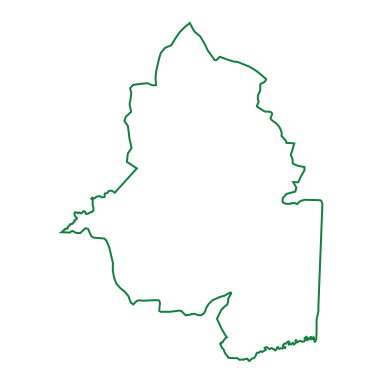 Kota Lubuklinggau, Sumatera Selatan, Indonesia (Robinson projection)
{"feature_id": "22746128B74548717001691", "entity_name": "Kota Lubuklinggau", "entity_type": "district", "adm_level": 2, "iso_a3": "IDN", "parent_name": "Indonesia", "parent_adm1": "Sumatera Selatan", "projection": "robinson", "projection_center": [102.884, -3.254], "detail": "fine", "context": "isolated", "style": "outline", "palette": "green", "viewbox_px": 384, "rotation_deg": 0, "n_neighbors": 0, "source": "geoboundaries", "source_scale": "gbopen_adm2", "svg_char_len": 5904}
<svg xmlns="http://www.w3.org/2000/svg" viewBox="0 0 384 384"><path d="M316.3,339.0L316.6,329.7L316.6,319.8L318.4,311.3L318.4,306.4L322.4,204.0L321.6,201.5L320.2,200.2L316.4,200.1L304.8,199.8L300.8,200.8L297.1,203.8L297.1,204.0L295.4,203.4L294.8,203.0L294.4,202.9L293.9,203.0L293.3,203.2L292.7,203.2L290.8,203.3L290.4,203.7L290.3,203.9L285.9,203.8L283.0,202.5L282.6,202.1L282.6,199.6L282.7,198.2L286.6,193.9L295.2,191.6L295.9,189.8L296.1,189.8L295.7,189.7L296.4,187.7L293.2,182.1L298.2,182.3L300.9,176.5L304.4,170.4L304.5,167.1L297.8,165.8L294.1,164.2L292.7,163.4L292.6,159.5L290.8,155.0L294.3,143.4L286.3,142.8L286.0,140.8L281.8,136.3L281.6,136.0L281.5,135.7L281.5,135.2L281.7,134.6L281.8,133.6L281.7,133.0L281.5,132.2L280.9,130.2L280.3,128.8L279.6,127.5L278.8,126.3L278.0,125.3L277.4,124.6L276.7,123.9L275.7,123.0L275.2,122.6L273.1,121.2L272.7,120.9L272.5,120.7L272.0,120.3L271.4,119.7L271.0,119.1L270.7,118.6L270.5,118.2L271.4,116.0L271.8,115.0L271.9,114.3L272.0,113.4L271.9,113.1L271.8,112.9L271.7,112.7L271.2,112.4L271.5,112.3L271.3,112.4L269.7,111.7L268.9,111.7L267.9,111.7L266.6,111.7L265.6,111.6L264.9,111.4L264.3,111.2L263.3,110.7L260.9,109.2L257.4,106.8L256.9,106.4L256.8,106.2L258.7,101.5L257.9,99.7L257.9,95.9L259.1,92.7L260.1,90.9L260.3,87.3L260.3,84.3L260.4,84.1L261.2,83.6L261.9,83.2L262.6,82.9L263.2,82.7L263.8,82.4L264.3,82.1L264.7,81.7L264.9,81.6L265.1,81.4L265.3,81.1L265.5,80.8L266.0,79.9L266.1,79.1L265.6,78.6L265.9,77.8L265.4,78.6L263.3,76.6L262.0,75.6L262.0,75.4L255.7,70.5L249.5,66.7L237.7,62.0L233.4,61.5L227.1,59.5L219.9,56.8L219.7,56.8L218.8,57.8L216.4,60.2L214.7,60.2L207.8,50.5L204.4,43.5L200.3,36.5L194.6,31.7L192.8,28.8L189.8,23.0L184.8,27.1L180.0,31.8L175.9,37.7L171.2,45.3L165.1,47.8L160.8,53.0L159.1,58.4L157.6,65.0L156.2,71.4L155.5,77.9L156.1,85.1L152.3,85.3L147.6,83.2L139.3,84.0L132.9,85.0L130.1,88.2L131.3,93.1L130.5,99.3L129.6,104.1L131.1,111.8L125.9,116.7L124.4,121.0L127.9,126.0L129.6,139.3L131.6,147.9L127.8,153.6L126.9,161.9L136.8,168.4L114.7,192.8L114.0,192.2L112.5,191.1L110.6,190.6L109.6,190.9L108.6,191.1L107.9,192.3L107.4,192.9L107.0,193.2L105.4,193.3L104.8,193.6L104.6,194.2L104.7,196.5L104.4,197.0L102.9,197.3L101.4,197.1L100.5,196.4L98.7,196.2L97.0,196.5L95.5,197.5L94.5,198.4L93.9,198.4L93.2,198.2L92.6,197.6L92.0,197.9L91.3,198.6L92.7,200.1L92.7,205.1L93.5,207.9L93.3,210.8L92.4,211.2L92.4,211.5L91.9,212.0L91.4,212.3L90.8,212.2L90.3,212.3L89.5,212.7L89.2,213.1L88.7,213.4L88.0,213.5L87.3,213.9L86.4,213.9L85.7,213.7L85.5,213.1L85.6,212.4L85.2,211.8L84.8,211.7L84.1,211.1L83.8,211.1L82.1,212.6L81.7,213.0L81.0,213.4L80.6,213.4L80.4,213.4L79.7,212.5L79.1,212.5L78.6,212.9L78.2,213.1L77.9,213.1L77.5,212.9L76.1,212.3L75.6,212.3L75.0,212.4L74.5,212.9L74.4,213.5L74.6,214.7L75.0,215.9L75.8,217.1L76.7,217.8L76.9,218.2L76.8,218.6L76.6,219.2L75.5,219.7L74.9,219.9L74.4,220.4L74.3,220.7L74.6,221.5L74.1,221.7L73.4,222.1L73.2,222.4L73.2,222.8L73.0,223.3L72.6,223.8L71.5,223.8L71.1,224.1L70.5,224.3L70.4,224.2L70.1,224.3L69.9,224.7L69.9,225.1L69.5,225.5L69.3,225.6L67.9,226.7L67.6,227.3L67.6,227.7L67.8,228.1L67.7,228.4L67.1,228.8L66.4,228.7L65.6,228.7L65.0,229.1L65.0,229.4L64.7,229.8L64.3,230.1L63.9,230.2L63.4,230.3L63.1,230.6L63.0,231.1L62.5,231.6L61.6,232.2L70.2,232.6L70.7,231.6L72.5,231.0L76.2,232.9L77.8,233.1L80.3,233.0L85.4,228.2L88.1,229.0L91.2,236.0L93.4,237.6L104.1,238.5L106.4,240.6L109.3,247.6L112.9,262.9L112.8,270.2L114.0,277.4L116.2,283.4L120.0,287.8L125.1,292.1L128.4,296.1L129.9,300.4L131.3,303.0L133.3,304.4L136.5,301.1L138.8,300.3L143.1,300.7L156.9,300.1L159.3,300.7L160.0,303.2L159.5,307.4L159.2,310.9L160.7,311.8L169.9,311.8L179.3,310.6L181.3,311.0L185.7,315.3L189.8,314.8L191.5,314.0L194.7,313.8L198.5,315.3L201.4,315.1L204.0,313.3L205.2,311.1L206.2,307.9L208.7,303.9L212.5,300.3L220.3,296.8L222.8,296.2L223.1,296.0L223.3,296.1L223.9,296.0L230.3,292.5L231.1,292.8L230.9,294.0L228.2,298.5L228.2,301.4L227.1,304.7L224.1,307.0L221.3,310.0L216.9,318.7L217.9,320.7L219.6,324.4L221.7,329.0L224.6,334.0L226.6,337.0L226.4,337.0L225.9,337.5L225.4,338.2L224.9,339.0L224.6,339.4L224.1,339.9L223.5,340.7L223.3,341.2L223.1,341.7L222.5,342.3L222.0,342.5L221.7,342.3L221.3,342.3L221.1,342.6L221.1,343.0L221.2,343.3L221.0,343.6L220.8,343.6L220.4,343.8L220.2,343.9L221.6,347.0L221.8,347.6L223.6,349.4L224.6,352.2L225.7,354.1L227.1,356.0L227.8,356.4L228.2,357.7L231.2,358.1L232.6,358.0L233.1,358.1L235.4,358.2L237.2,358.1L239.2,359.6L239.7,359.8L242.2,359.5L243.0,359.8L243.4,359.8L243.7,359.6L243.9,359.3L245.5,359.1L247.3,358.7L248.7,360.7L249.4,361.0L251.2,359.3L251.6,358.8L253.5,358.2L254.5,357.5L255.5,356.0L256.1,354.6L256.7,353.1L257.2,352.7L258.6,352.8L260.4,351.4L260.8,351.3L262.0,352.0L265.8,349.9L265.7,349.1L264.7,348.2L264.6,347.8L264.8,347.6L266.8,347.2L267.2,347.2L269.0,348.9L269.6,349.1L270.0,349.0L271.1,348.1L271.5,348.1L273.0,348.9L274.0,349.2L275.1,350.4L275.8,350.2L276.3,349.5L277.2,347.4L277.6,347.3L277.9,347.2L279.1,348.9L280.8,348.2L282.3,348.6L283.2,347.5L285.0,348.1L285.3,347.7L285.2,347.2L282.8,345.9L282.8,345.4L284.4,343.7L284.9,343.4L285.9,343.7L286.4,343.4L287.6,341.8L288.4,341.5L289.0,341.6L289.3,342.1L289.2,343.0L288.8,344.4L288.9,344.7L289.0,344.7L290.0,343.6L291.1,344.3L291.4,344.3L292.8,342.9L293.2,343.1L294.0,344.5L294.3,344.3L295.8,342.8L295.4,341.3L295.7,340.2L296.4,340.3L297.3,342.1L297.6,342.3L300.1,340.7L300.6,340.7L301.7,341.6L302.0,341.8L304.1,341.5L304.5,341.1L304.8,340.6L304.5,338.7L304.8,338.0L306.4,336.7L306.6,336.8L306.8,337.3L306.5,339.8L306.9,340.1L307.5,340.2L307.7,339.9L307.9,338.5L308.1,338.2L308.4,338.2L310.0,339.3L310.3,339.3L310.5,339.1L310.5,337.1L310.9,337.0L311.2,337.1L312.2,339.2L312.7,339.1L312.8,339.0L312.9,338.8L313.1,337.5L313.3,337.3L313.7,337.4L313.8,337.8L313.8,337.7L313.9,337.8L314.0,338.5L314.2,339.2L314.4,340.9L314.6,341.7L314.7,341.8L314.9,341.8L315.4,341.6L315.5,341.3L315.7,340.1L315.9,339.3L316.3,339.0Z" fill="none" stroke="#15803d" stroke-width="2"/></svg>